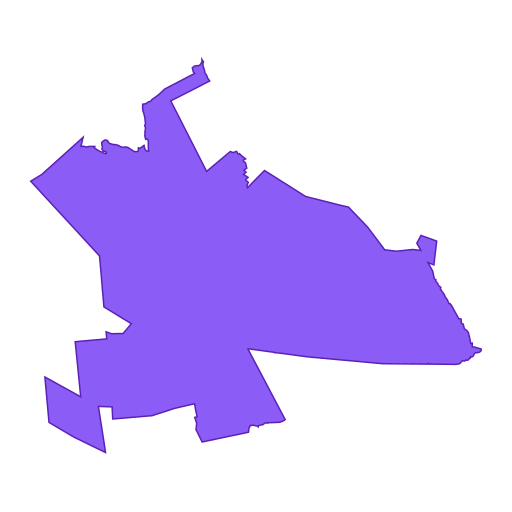 Cárdenas, San Luis Potosí, Mexico
{"feature_id": "50627088B72353439834550", "entity_name": "Cárdenas", "entity_type": "district", "adm_level": 2, "iso_a3": "MEX", "parent_name": "Mexico", "parent_adm1": "San Luis Potosí", "projection": "mercator", "projection_center": [-99.651, 22.008], "detail": "fine", "context": "isolated", "style": "filled", "palette": "violet", "viewbox_px": 512, "rotation_deg": 0, "n_neighbors": 0, "source": "geoboundaries", "source_scale": "gbopen_adm2", "svg_char_len": 4647}
<svg xmlns="http://www.w3.org/2000/svg" viewBox="0 0 512 512"><path d="M104.4,444.9L98.4,406.4L112.1,406.9L112.7,419.0L146.0,416.2L152.0,415.7L174.5,408.4L190.4,404.7L194.6,403.8L195.6,410.1L197.2,416.8L194.7,417.4L196.7,423.2L196.6,423.8L196.3,426.8L196.0,429.7L197.5,432.6L197.6,432.8L200.8,439.3L202.1,442.0L223.4,437.5L231.4,435.8L236.4,434.8L240.7,433.9L247.2,432.5L248.5,432.2L248.6,431.5L248.7,431.1L248.7,430.0L248.8,429.5L249.0,427.9L249.2,427.7L250.1,426.1L250.1,425.6L252.8,425.2L257.3,426.1L258.2,426.9L258.3,426.1L258.7,425.6L260.7,425.0L262.7,424.8L263.4,424.2L265.6,422.8L267.3,423.1L267.3,422.8L279.7,422.3L283.4,420.9L285.2,419.6L247.9,348.9L248.0,348.8L254.2,349.6L273.2,352.2L274.4,352.3L274.6,352.7L275.0,352.8L275.5,352.8L276.5,352.9L276.9,352.8L277.4,352.8L277.7,352.8L278.0,352.9L290.3,354.5L297.3,355.5L307.3,356.8L309.5,357.0L312.2,357.3L316.1,357.6L318.2,357.8L320.2,358.0L321.9,358.2L323.7,358.3L326.1,358.5L326.4,358.6L327.9,358.7L330.0,358.9L332.2,359.1L347.5,360.5L350.3,360.7L382.5,363.7L415.8,364.0L416.9,364.0L426.5,364.1L427.2,364.1L428.2,363.3L428.7,364.1L429.1,364.1L431.0,364.1L455.9,364.4L459.5,363.8L462.6,360.6L464.4,361.1L465.2,360.7L465.9,359.9L467.3,360.4L468.6,359.6L469.0,358.7L469.5,358.5L470.1,358.4L470.2,357.1L470.5,356.7L471.0,357.0L471.4,357.1L472.2,356.8L472.8,356.5L473.4,355.7L473.7,355.2L473.9,354.6L474.3,353.8L474.8,353.3L475.0,353.1L475.8,352.7L477.2,352.7L478.5,352.5L479.4,352.2L480.7,351.3L481.0,350.5L481.3,349.9L481.1,349.0L475.5,347.3L472.2,346.7L472.3,343.1L470.7,343.4L470.2,340.4L469.3,336.1L469.1,336.1L468.4,332.6L466.7,330.3L464.4,328.8L463.2,324.1L461.3,323.0L461.1,319.1L460.3,318.7L458.9,318.9L451.3,305.1L451.0,305.2L450.1,303.6L449.3,303.7L448.8,303.4L448.2,301.8L447.7,300.6L447.2,299.5L446.7,298.9L446.2,298.3L445.9,297.7L445.7,297.3L445.2,296.9L444.9,296.3L444.7,295.6L444.7,295.2L444.5,294.9L444.2,294.4L443.8,294.2L443.6,293.7L442.9,292.4L442.6,292.2L442.1,291.7L441.7,291.0L441.4,290.4L441.3,290.1L441.2,289.9L440.7,289.7L440.6,289.4L440.5,289.1L440.4,288.4L440.5,288.2L440.7,287.8L440.8,287.3L440.6,287.1L440.2,286.9L439.4,286.3L438.6,285.5L438.3,285.2L438.0,284.5L437.6,283.3L437.3,282.9L436.2,281.9L435.7,280.9L435.9,279.8L434.3,278.8L432.7,271.1L428.0,262.6L433.9,264.9L436.7,241.1L421.0,235.4L416.8,243.2L420.9,250.4L417.5,250.0L412.7,249.5L396.5,251.2L387.2,250.1L386.7,250.0L384.7,249.8L367.7,227.2L348.5,207.1L342.8,205.8L336.6,204.3L305.7,196.5L301.7,194.0L270.4,174.2L264.5,170.5L260.7,174.3L248.4,186.8L247.6,187.7L246.8,186.2L248.3,182.2L247.8,181.8L245.8,180.3L245.9,179.3L248.1,177.4L243.5,174.4L246.1,172.2L243.9,170.1L246.8,168.2L246.1,165.2L245.5,162.8L243.3,161.2L243.3,160.1L245.6,158.9L241.7,155.8L239.4,153.6L238.5,154.0L238.1,154.0L237.7,153.6L237.4,152.8L236.6,151.4L234.9,151.9L233.1,152.6L230.3,151.5L206.6,171.4L186.7,132.2L180.5,120.0L172.5,104.3L170.7,100.9L185.1,93.6L192.6,89.8L202.8,84.5L209.7,81.0L209.0,79.9L207.7,78.3L207.0,76.2L206.5,75.0L205.6,74.0L205.0,73.0L204.6,70.7L203.3,66.7L203.0,64.8L202.9,63.4L203.5,61.9L201.9,59.5L202.0,61.7L200.2,64.8L198.9,65.4L198.0,65.7L195.9,65.7L195.3,65.9L194.4,66.1L192.3,67.8L193.3,72.0L194.6,73.5L194.3,73.7L191.6,75.0L180.1,81.0L164.7,89.0L159.0,94.4L154.6,97.7L152.2,99.3L150.6,101.2L148.2,102.0L145.8,103.7L142.7,104.2L142.6,108.8L142.9,110.7L143.8,113.4L144.4,115.9L144.8,117.6L145.5,124.0L145.1,124.8L144.7,125.1L144.7,125.9L145.4,127.2L145.3,129.9L144.9,131.8L145.0,133.7L144.8,135.5L145.2,137.8L145.7,139.4L147.0,138.9L148.0,140.0L148.3,141.9L148.3,148.3L148.6,151.2L146.9,151.1L145.7,150.2L144.8,148.8L144.0,145.4L143.0,146.1L141.7,147.1L140.5,148.1L139.3,148.1L138.4,147.8L138.3,148.6L138.4,150.1L138.3,151.0L137.4,151.4L136.3,151.7L134.7,151.6L133.2,150.9L130.9,149.4L127.9,147.4L125.5,146.9L123.9,147.3L121.5,147.0L120.1,146.4L118.6,145.5L117.6,145.1L116.8,145.0L115.6,144.6L114.8,144.5L114.1,144.8L113.5,144.6L113.0,144.3L112.2,144.2L111.5,144.1L110.9,143.7L110.4,143.7L110.0,143.6L109.4,143.2L108.6,142.7L107.8,140.9L106.6,140.1L105.1,140.0L103.3,140.9L101.6,142.7L101.9,144.9L102.4,147.0L101.9,149.3L103.0,150.5L103.7,151.3L105.5,151.5L106.5,152.9L105.6,153.8L104.8,153.4L103.8,153.4L103.3,153.0L102.5,152.1L100.9,151.8L99.2,151.0L98.2,150.3L96.6,149.5L95.5,148.6L94.0,147.4L94.7,146.5L93.2,146.4L89.7,146.4L85.9,147.0L83.9,146.3L81.0,146.3L83.1,137.3L49.4,167.6L41.7,174.5L30.7,181.2L99.5,255.9L101.2,274.9L102.7,292.9L103.0,295.8L103.0,296.0L103.9,306.9L131.3,323.7L123.1,333.5L111.4,333.7L106.1,331.8L106.7,338.9L75.2,341.7L76.3,352.8L80.7,396.8L44.9,377.0L49.0,422.4L73.5,436.9L95.0,447.4L105.5,452.5L104.4,444.9Z" fill="#8b5cf6" stroke="#5b21b6" stroke-width="1.5"/></svg>